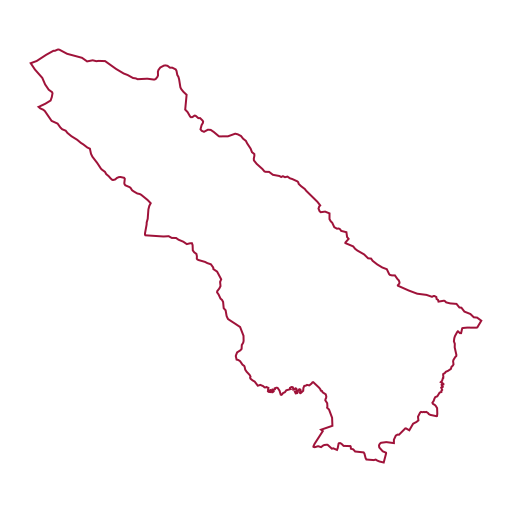 the district of Thach Thanh, Thanh Hóa, Vietnam
{"feature_id": "81297802B70743667519193", "entity_name": "Thach Thanh", "entity_type": "district", "adm_level": 2, "iso_a3": "VNM", "parent_name": "Vietnam", "parent_adm1": "Thanh Hóa", "projection": "albers", "projection_center": [105.627, 20.211], "detail": "fine", "context": "isolated", "style": "outline", "palette": "rose", "viewbox_px": 512, "rotation_deg": 0, "n_neighbors": 0, "source": "geoboundaries", "source_scale": "gbopen_adm2", "svg_char_len": 6034}
<svg xmlns="http://www.w3.org/2000/svg" viewBox="0 0 512 512"><path d="M38.6,106.9L40.3,108.4L43.2,109.7L44.8,111.0L51.6,120.9L57.6,123.6L60.3,127.4L62.1,129.2L65.7,130.7L67.4,132.9L71.4,136.2L77.2,139.8L80.9,142.9L83.3,144.4L87.3,147.5L89.9,148.7L91.0,153.8L92.4,156.7L97.3,163.1L100.9,168.6L101.9,169.6L105.0,171.9L106.2,174.1L108.7,176.2L110.7,178.5L112.3,179.9L113.1,180.0L115.1,179.5L117.0,177.9L118.9,177.1L120.5,177.0L124.1,177.8L124.8,178.8L124.3,183.1L124.5,184.1L125.3,185.3L129.5,187.1L130.5,187.8L132.1,190.3L134.2,191.7L137.3,193.5L139.7,194.0L141.2,194.8L147.7,200.1L150.7,203.2L149.3,205.9L148.4,209.4L147.7,218.8L146.7,222.4L146.6,224.6L145.0,233.3L145.0,234.7L145.4,235.3L163.5,236.5L168.7,236.2L171.7,237.9L176.1,238.0L178.5,239.7L183.3,241.7L186.8,244.1L190.0,243.3L191.9,243.2L192.6,245.1L192.8,250.4L194.2,252.3L196.4,253.9L196.9,256.2L196.8,258.7L197.3,259.4L198.4,260.0L205.0,261.9L207.3,263.1L210.9,264.3L213.2,267.5L213.4,269.1L217.1,271.6L221.2,279.3L220.1,281.9L220.5,286.1L219.3,288.5L217.2,291.2L217.1,292.4L218.6,294.5L220.5,298.6L222.0,299.9L223.1,301.9L223.7,308.2L225.6,310.3L226.6,316.0L227.2,317.4L228.0,319.0L229.3,319.9L240.1,327.0L243.5,335.8L243.6,340.9L243.2,342.7L241.8,345.0L241.6,348.9L240.4,350.3L237.1,352.4L235.9,355.5L235.8,356.2L236.6,359.6L238.3,360.0L240.1,361.2L242.5,364.7L244.2,365.9L244.7,367.1L245.2,369.6L246.6,371.7L249.6,374.9L250.3,376.2L250.5,376.6L250.1,377.8L250.6,378.8L252.6,380.4L254.7,381.6L257.8,385.7L260.3,384.9L263.1,386.1L264.6,387.4L265.9,387.4L266.4,387.0L268.4,387.9L268.0,390.0L268.5,390.4L268.0,391.3L268.5,391.8L268.9,391.9L269.3,391.0L270.4,390.0L271.6,390.3L271.6,390.6L271.3,390.9L270.4,390.8L269.6,391.4L269.6,391.9L270.5,392.1L271.4,391.5L272.2,392.3L272.8,392.1L273.6,391.4L273.3,391.0L272.0,390.9L272.5,389.5L274.1,389.7L274.9,389.3L274.8,388.3L276.5,387.7L277.6,387.9L279.5,390.6L280.7,394.6L281.2,394.9L282.0,394.5L283.0,393.1L284.9,392.2L286.3,390.3L290.5,389.1L290.0,388.6L290.0,387.9L291.3,387.1L292.0,387.0L292.9,387.4L293.3,389.7L294.3,389.5L295.4,388.3L295.9,388.4L296.5,389.0L296.5,391.2L294.9,391.8L295.7,393.4L297.2,393.1L298.2,390.6L299.2,389.3L299.6,389.2L300.4,389.6L300.6,390.3L299.8,392.7L300.3,393.2L300.8,393.0L303.2,390.8L303.4,388.0L304.3,385.9L305.7,385.7L307.0,384.9L309.3,385.4L311.6,383.5L312.5,382.3L313.3,382.2L319.2,387.8L320.4,389.4L320.8,390.6L322.0,391.0L322.6,392.3L325.7,394.3L326.3,396.4L326.1,398.0L325.5,399.1L325.3,400.3L327.2,403.2L327.4,406.4L327.1,407.7L329.0,409.5L332.1,417.8L332.4,425.8L321.1,429.7L322.8,431.1L314.6,443.8L313.4,446.4L313.5,446.9L314.7,447.2L318.1,446.2L321.1,447.1L323.0,445.6L324.3,445.0L327.1,444.7L327.7,444.9L331.9,448.7L333.2,448.3L337.0,449.9L337.7,448.2L338.6,443.6L339.1,443.1L340.3,443.1L341.8,444.1L343.6,445.9L350.4,446.1L350.7,446.6L350.9,448.7L353.3,449.4L355.1,451.5L363.6,452.4L364.4,453.5L365.6,458.1L366.4,459.5L373.8,460.1L375.7,459.6L377.3,460.6L379.5,461.5L383.7,462.5L386.1,453.4L386.0,452.7L382.7,451.3L379.3,447.5L379.0,445.7L379.3,444.6L380.1,443.5L381.0,442.8L386.3,442.1L393.9,443.1L393.9,439.7L395.8,435.6L397.5,434.6L399.0,434.7L405.3,428.4L406.0,428.4L409.3,430.3L413.1,423.7L416.4,422.0L418.4,420.4L418.0,416.7L420.1,412.6L421.0,411.9L422.5,412.2L424.0,411.9L424.8,412.2L426.3,411.9L428.1,413.1L428.8,414.1L430.4,414.9L436.5,416.2L437.0,416.0L437.3,413.8L437.1,408.1L435.8,406.0L435.0,405.1L432.9,403.8L432.4,402.8L433.7,400.8L434.5,398.5L435.3,397.1L437.3,396.3L439.6,392.6L441.4,392.0L441.4,390.9L442.2,389.9L441.2,387.6L441.6,387.2L442.7,387.0L442.8,386.7L441.7,385.2L441.6,384.7L442.0,384.3L443.4,384.4L443.5,384.1L442.5,383.1L440.8,382.1L442.1,380.8L442.7,378.7L443.2,378.1L443.0,377.7L443.4,377.0L443.1,374.9L443.3,373.9L444.7,373.2L445.8,371.8L448.1,370.8L450.9,368.9L451.5,366.8L452.8,365.6L453.5,364.4L453.1,361.2L453.5,359.8L455.4,356.8L456.2,356.2L456.4,355.0L454.7,347.4L454.8,343.8L453.9,341.3L454.3,338.1L455.0,336.0L457.2,332.0L457.9,331.3L459.9,333.1L461.1,333.1L462.2,328.3L462.9,328.0L467.2,327.6L476.3,327.7L477.3,327.4L481.3,320.7L477.1,317.6L473.8,317.3L470.4,314.0L464.4,311.6L461.4,307.7L459.4,307.5L456.5,303.9L450.2,303.4L446.2,302.4L444.9,301.1L444.0,300.7L438.5,301.6L438.0,299.9L436.6,299.0L436.3,297.0L434.4,296.0L433.6,296.0L432.0,296.8L426.5,294.9L417.2,293.7L408.7,290.5L397.9,285.7L397.8,285.3L399.3,283.6L399.5,282.3L398.8,280.4L397.5,279.1L394.9,275.4L392.0,275.4L389.9,274.9L389.2,274.2L386.8,269.2L382.3,267.5L377.2,264.4L372.6,260.8L371.1,258.6L368.1,258.3L364.1,254.4L357.3,250.5L355.1,248.8L353.2,246.4L345.4,243.1L345.4,242.5L348.6,238.9L347.1,237.0L346.4,232.2L341.2,230.9L340.0,229.2L338.7,228.5L337.0,228.7L334.3,227.2L332.2,222.7L330.8,221.4L329.5,219.1L329.5,213.4L325.1,211.6L320.7,212.2L319.6,211.2L318.5,208.6L319.2,206.5L320.2,205.4L317.4,201.8L306.2,190.8L304.8,189.0L301.0,186.1L298.7,183.9L298.2,182.2L297.4,181.4L292.2,179.0L289.9,178.3L287.5,176.6L285.0,177.2L282.9,176.2L281.2,177.0L279.4,176.0L272.9,174.8L269.1,171.9L265.4,171.8L264.4,171.4L262.4,169.0L256.7,163.9L253.9,160.4L253.8,158.6L254.4,155.7L254.3,154.0L252.0,152.2L250.6,148.6L247.1,143.3L245.9,140.9L243.1,138.7L241.0,136.0L237.7,134.3L235.2,133.7L228.0,136.3L219.4,136.4L218.8,136.2L213.8,132.0L210.7,129.9L207.9,129.7L204.0,131.8L201.7,130.8L200.5,129.3L201.6,125.1L202.9,122.9L203.1,121.4L202.4,120.4L200.1,118.1L198.3,118.1L195.9,116.0L195.0,115.6L194.5,115.6L192.4,117.1L190.9,117.2L190.1,116.5L187.6,112.1L185.2,109.6L186.6,94.8L183.4,91.8L181.3,89.2L180.4,87.4L179.1,79.3L178.4,76.8L177.3,75.0L176.5,70.9L175.7,69.4L172.3,67.7L170.0,67.7L167.5,65.8L165.5,65.4L163.9,65.6L160.3,67.5L158.5,69.9L157.9,71.7L158.0,75.4L157.4,76.9L155.6,79.1L154.1,79.6L147.3,78.7L137.6,79.2L135.8,78.4L133.0,78.0L127.6,75.0L123.7,73.5L116.0,68.9L105.1,61.1L98.5,60.9L96.4,61.2L92.7,60.3L87.1,61.4L82.0,57.8L67.1,53.8L59.6,49.8L58.6,49.5L57.6,49.6L54.9,50.8L53.4,50.8L46.2,54.8L36.7,61.0L30.7,63.2L34.9,69.5L42.3,77.9L45.1,84.4L48.7,89.7L52.1,92.2L52.5,93.3L51.8,97.1L50.6,100.5L45.4,103.7L38.6,106.9Z" fill="none" stroke="#9f1239" stroke-width="2"/></svg>